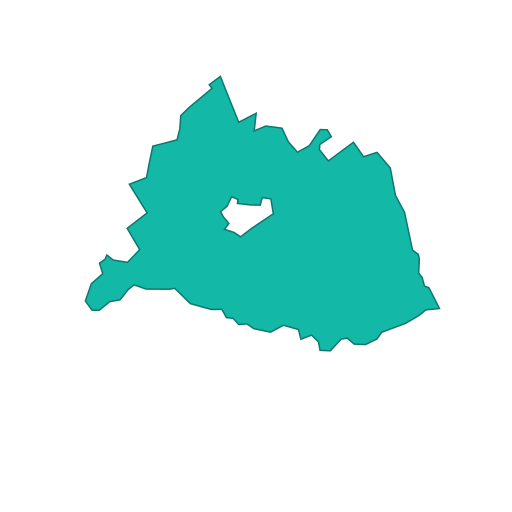 outline of Sharof Rashidov, Jizzakh, Uzbekistan, rotated 319°
{"feature_id": "79887680B75726526377189", "entity_name": "Sharof Rashidov", "entity_type": "district", "adm_level": 2, "iso_a3": "UZB", "parent_name": "Uzbekistan", "parent_adm1": "Jizzakh", "projection": "robinson", "projection_center": [67.817, 40.024], "detail": "fine", "context": "isolated", "style": "filled", "palette": "teal", "viewbox_px": 512, "rotation_deg": 319, "n_neighbors": 0, "source": "geoboundaries", "source_scale": "gbopen_adm2", "svg_char_len": 1403}
<svg xmlns="http://www.w3.org/2000/svg" viewBox="0 0 512 512"><g transform="rotate(319 256 256)"><path d="M97.7,178.0L96.7,189.3L101.9,194.1L115.7,194.5L124.6,199.9L137.3,197.5L145.1,197.8L151.3,208.8L168.8,224.2L173.5,227.2L175.2,248.9L187.1,266.9L195.3,274.0L193.2,283.1L197.8,287.9L198.1,296.5L204.6,301.3L206.7,309.4L217.0,323.0L231.3,326.3L239.8,339.3L235.3,348.3L246.0,352.1L246.8,361.9L242.4,369.2L249.9,376.3L265.6,374.6L270.9,377.7L272.3,386.9L280.4,394.6L292.9,398.0L300.8,396.0L324.5,404.9L339.9,407.8L348.9,408.1L360.0,416.0L365.7,393.3L363.4,389.2L367.3,381.3L367.6,375.6L377.6,365.1L379.5,361.1L378.0,354.2L396.7,320.6L401.0,301.8L415.1,277.7L415.3,257.2L402.3,251.6L404.2,234.1L373.0,231.7L373.6,217.5L377.3,213.7L391.1,215.4L392.6,207.5L387.4,202.7L368.6,207.7L355.4,204.9L355.3,191.2L359.5,176.6L348.6,164.3L336.7,160.4L349.8,148.4L330.7,143.7L346.9,97.1L333.1,96.0L332.9,100.6L303.4,100.0L291.3,100.7L282.0,110.0L272.7,116.5L263.8,112.2L250.2,105.4L236.6,115.7L224.8,125.0L207.5,118.7L202.1,152.0L176.9,150.6L172.4,174.9L154.9,176.5L145.6,165.4L144.1,157.4L139.8,159.5L133.2,158.7L128.7,168.8L113.6,168.9L97.7,178.0ZM276.6,195.3L279.4,201.5L276.5,204.2L285.4,213.9L292.6,220.4L299.0,216.0L304.7,222.6L296.8,235.5L271.4,232.3L257.0,231.4L254.9,223.8L249.7,215.2L256.8,213.7L257.1,204.6L258.4,199.3L266.6,199.5L276.6,195.3Z" fill="#14b8a6" stroke="#0f766e" stroke-width="1.5"/></g></svg>